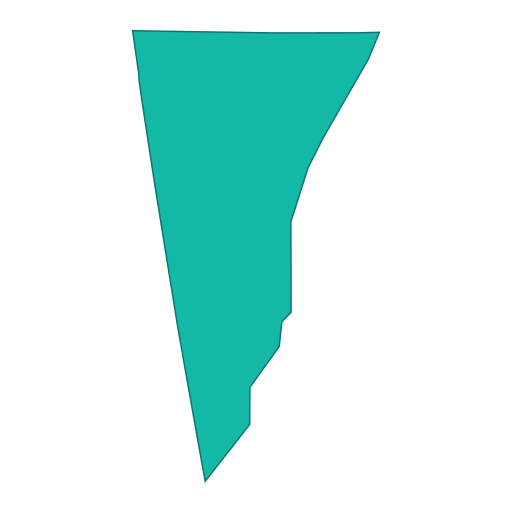 the district of Dade, Georgia, United States of America
{"feature_id": "52423323B39037255369745", "entity_name": "Dade", "entity_type": "district", "adm_level": 2, "iso_a3": "USA", "parent_name": "United States of America", "parent_adm1": "Georgia", "projection": "orthographic", "projection_center": [-85.505, 34.804], "detail": "fine", "context": "isolated", "style": "filled", "palette": "teal", "viewbox_px": 512, "rotation_deg": 0, "n_neighbors": 0, "source": "geoboundaries", "source_scale": "gbopen_adm2", "svg_char_len": 458}
<svg xmlns="http://www.w3.org/2000/svg" viewBox="0 0 512 512"><path d="M266.7,32.8L186.4,31.6L132.6,30.7L138.5,71.8L139.1,80.4L142.7,106.1L142.8,106.3L155.0,185.9L177.2,323.7L186.3,375.8L186.4,376.0L197.8,440.2L197.8,440.3L204.9,479.7L205.2,481.3L249.7,424.4L249.9,387.3L279.2,346.5L281.9,321.7L291.1,312.2L290.9,221.8L308.1,167.6L323.8,136.7L368.5,59.0L379.4,32.3L357.9,32.8L274.2,32.9L266.7,32.8Z" fill="#14b8a6" stroke="#0f766e" stroke-width="1.5"/></svg>